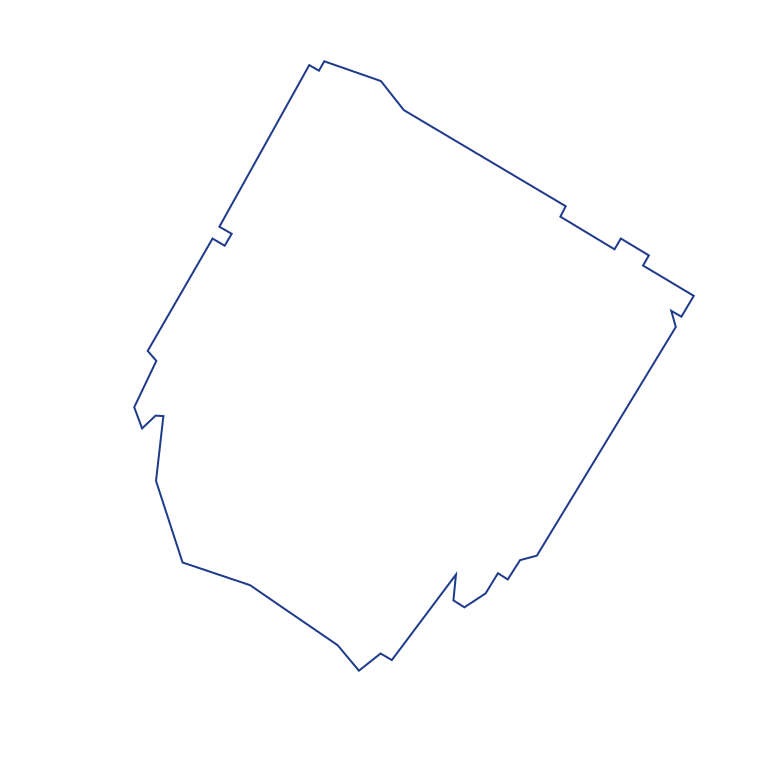 outline of Stewart, Georgia, United States of America, rotated 300°
{"feature_id": "52423323B56681995994773", "entity_name": "Stewart", "entity_type": "district", "adm_level": 2, "iso_a3": "USA", "parent_name": "United States of America", "parent_adm1": "Georgia", "projection": "robinson", "projection_center": [-84.837, 32.077], "detail": "fine", "context": "isolated", "style": "outline", "palette": "blue", "viewbox_px": 768, "rotation_deg": 300, "n_neighbors": 0, "source": "geoboundaries", "source_scale": "gbopen_adm2", "svg_char_len": 682}
<svg xmlns="http://www.w3.org/2000/svg" viewBox="0 0 768 768"><g transform="rotate(300 384 384)"><path d="M615.2,608.2L616.1,549.1L627.8,549.1L628.4,516.4L615.9,516.3L617.1,453.1L628.8,452.5L631.1,264.2L644.8,229.9L633.6,170.9L622.8,171.0L622.8,159.8L611.2,160.0L437.9,162.8L437.9,177.0L424.1,176.9L424.2,162.8L294.5,162.8L290.2,175.3L239.0,179.3L224.6,196.7L242.4,202.0L245.9,209.0L186.1,235.0L128.7,298.8L142.8,368.6L140.0,404.3L134.6,474.5L123.2,505.6L148.9,515.8L148.8,528.8L255.0,541.6L231.3,552.3L230.8,565.3L253.5,576.7L277.1,577.3L276.6,588.9L299.5,589.9L311.8,602.2L579.3,608.2L591.0,596.2L591.0,607.9L615.2,608.2Z" fill="none" stroke="#1e3a8a" stroke-width="2"/></g></svg>